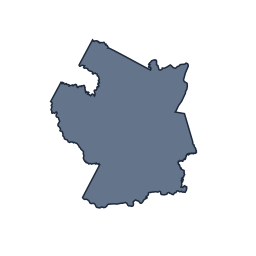 outline of São Gabriel da Cachoeira, Amazonas, Brazil, rotated 28°
{"feature_id": "56859067B34307291662166", "entity_name": "São Gabriel da Cachoeira", "entity_type": "district", "adm_level": 2, "iso_a3": "BRA", "parent_name": "Brazil", "parent_adm1": "Amazonas", "projection": "natural_earth1", "projection_center": [-67.662, 0.359], "detail": "fine", "context": "isolated", "style": "filled", "palette": "slate", "viewbox_px": 256, "rotation_deg": 28, "n_neighbors": 0, "source": "geoboundaries", "source_scale": "gbopen_adm2", "svg_char_len": 5839}
<svg xmlns="http://www.w3.org/2000/svg" viewBox="0 0 256 256"><g transform="rotate(28 128 128)"><path d="M138.0,212.7L140.8,211.7L141.7,210.2L142.3,209.9L144.0,209.7L145.2,208.7L145.8,207.3L146.0,205.6L146.4,204.6L150.9,201.7L154.2,200.2L156.9,197.9L158.5,197.0L160.7,195.0L162.2,195.0L164.2,196.3L165.0,196.5L166.4,195.8L167.6,195.6L168.4,195.1L168.9,194.5L169.0,193.7L168.3,192.1L167.4,191.1L167.3,190.6L168.5,187.9L169.6,188.0L171.7,187.6L174.1,188.6L174.7,188.5L175.3,187.8L175.6,186.7L175.8,183.9L176.6,182.4L177.6,181.2L177.4,180.5L176.3,180.8L176.2,180.4L177.3,177.8L177.2,177.0L176.6,176.1L176.6,175.5L176.8,175.1L178.0,174.5L179.4,173.2L180.8,172.5L182.0,171.4L184.4,170.6L185.7,169.1L186.6,169.0L187.9,170.7L188.6,171.1L191.4,170.0L193.4,168.2L193.3,166.9L194.2,165.9L194.6,165.7L195.5,166.1L196.5,165.7L198.1,165.9L199.2,165.6L199.7,163.2L200.6,162.6L200.8,160.6L201.8,160.0L203.4,160.1L203.9,159.9L204.9,158.8L205.6,159.1L206.7,158.9L206.9,158.5L208.6,158.0L208.7,155.6L208.2,153.7L207.4,152.4L206.8,152.4L206.5,152.8L206.1,152.9L205.2,152.3L204.5,153.4L204.3,154.7L203.8,155.0L203.2,154.7L202.6,155.2L202.2,153.0L201.0,151.2L200.6,151.5L201.2,150.9L201.4,149.7L200.7,149.6L200.5,150.1L199.8,149.6L201.2,147.9L200.8,147.4L199.6,147.0L199.3,147.1L199.2,147.6L199.0,147.4L199.4,146.7L199.4,146.3L199.9,146.2L199.8,145.4L200.1,144.9L199.7,144.1L199.9,142.7L199.7,142.3L199.0,141.9L198.6,141.1L198.2,140.9L198.2,140.4L197.5,139.3L197.0,139.1L196.4,139.4L194.8,139.3L193.8,138.5L193.4,139.0L193.0,138.2L191.6,137.6L191.2,136.7L190.6,136.3L189.8,136.5L189.2,136.1L189.3,135.7L188.9,135.1L188.5,135.0L188.6,134.3L188.1,133.8L188.3,133.6L188.7,133.8L189.4,132.8L189.3,132.5L189.7,132.6L190.3,131.9L191.0,131.9L191.1,131.4L191.6,131.4L191.8,131.8L192.0,131.7L191.8,130.5L192.2,129.6L192.6,129.4L192.3,128.8L192.6,128.7L193.0,129.0L193.2,128.8L193.2,128.0L192.9,127.8L193.0,127.5L192.6,127.0L192.9,125.9L192.3,125.2L192.5,124.7L192.4,124.0L192.8,123.8L192.6,123.4L193.1,122.8L193.4,122.9L193.2,122.6L193.8,122.4L193.9,121.7L194.4,121.6L194.8,122.0L195.5,120.6L196.2,120.7L196.5,120.1L197.2,120.2L197.7,119.6L197.9,119.8L198.2,119.1L198.8,119.1L199.6,118.6L199.4,117.9L199.7,117.8L199.8,117.1L199.3,116.9L199.0,115.9L198.1,115.5L197.9,114.9L196.6,113.9L195.3,113.4L194.3,112.0L193.8,112.2L192.1,111.0L192.0,110.2L171.1,88.8L162.2,91.7L162.4,90.0L162.1,84.6L162.8,79.3L162.4,70.5L161.7,68.6L161.8,66.3L160.8,63.3L159.5,61.1L158.8,60.7L156.1,60.6L154.8,59.9L154.4,59.3L152.9,52.9L152.2,45.1L151.4,43.9L150.5,43.3L148.8,43.4L148.2,44.9L144.6,47.3L144.2,47.9L143.9,49.5L142.8,50.4L142.0,52.7L141.5,53.2L139.5,53.4L136.5,52.5L135.7,52.5L133.8,55.8L132.2,57.9L131.3,58.6L130.1,58.9L130.4,60.3L130.2,60.7L129.8,60.9L129.4,61.7L129.0,61.9L127.8,61.8L125.1,58.8L123.4,58.7L122.8,57.1L122.3,56.8L122.0,55.8L121.3,55.0L120.6,55.3L120.3,55.0L119.7,55.2L119.0,56.0L118.7,56.0L117.3,57.6L116.9,59.7L116.5,60.5L116.4,62.0L117.7,61.9L117.3,63.5L117.6,64.5L118.2,64.5L118.9,63.9L119.5,63.9L120.2,64.6L119.8,65.3L120.6,65.5L120.7,66.3L81.0,66.2L73.0,66.4L72.7,66.7L72.7,66.2L71.4,65.2L70.4,64.9L70.2,65.1L69.8,65.0L69.5,64.7L69.4,65.1L69.1,65.0L69.0,64.5L68.7,64.7L66.5,63.6L65.9,64.3L63.5,65.5L63.3,66.1L62.9,65.8L61.5,66.1L61.4,65.6L60.8,65.8L60.4,65.5L60.1,65.8L59.2,65.8L57.8,66.7L57.5,67.5L57.1,67.3L56.1,67.5L55.7,67.3L55.9,67.0L55.3,66.8L55.2,95.3L55.7,95.9L56.4,96.1L56.8,95.9L57.5,94.6L58.2,94.1L59.2,93.8L59.6,94.0L60.4,93.5L60.5,95.5L61.4,95.7L61.9,95.2L64.4,94.5L65.1,95.2L66.0,95.6L67.7,95.6L68.8,95.2L70.6,95.4L71.0,95.6L71.0,96.6L71.8,96.8L73.2,94.9L73.9,95.2L75.5,94.9L76.1,96.0L76.5,96.0L76.7,96.4L77.6,96.3L80.0,98.7L80.0,99.2L79.4,99.8L79.9,100.4L81.2,101.0L81.6,101.6L80.6,102.2L80.8,103.5L81.3,103.5L82.7,104.7L82.4,105.8L81.5,105.8L81.5,106.9L82.1,107.7L82.3,108.9L82.0,109.7L81.7,109.9L81.2,109.8L80.7,110.4L80.7,111.2L82.3,112.5L83.5,114.9L83.4,115.5L82.8,115.1L80.9,114.6L80.4,114.8L80.0,116.9L79.7,116.7L78.7,117.0L78.5,116.7L77.6,116.8L76.9,117.0L76.4,117.0L76.8,116.3L76.6,115.6L76.8,115.1L76.2,114.9L75.3,115.7L74.7,115.4L74.7,115.9L74.0,116.6L73.6,115.9L72.1,114.4L72.0,113.8L71.0,112.9L71.0,112.2L70.1,111.9L69.7,111.1L69.3,111.0L68.6,111.4L68.1,112.1L67.5,112.3L67.2,112.6L67.2,113.4L66.0,113.4L66.0,113.9L65.0,114.5L64.9,115.4L64.4,115.4L64.4,115.8L63.3,115.5L62.5,114.2L61.6,114.0L61.1,114.2L61.1,114.7L60.1,115.2L59.8,116.4L59.2,116.5L58.8,116.1L56.5,118.4L56.4,117.9L55.7,117.6L55.4,117.9L55.0,117.7L53.5,118.3L53.2,117.9L52.4,117.8L52.0,118.7L51.4,119.2L50.4,118.9L50.2,118.4L49.2,118.5L49.5,118.9L49.3,119.5L48.5,119.9L48.2,119.7L48.1,119.0L47.4,119.0L47.3,141.0L48.6,141.1L49.4,141.7L49.7,142.3L49.6,143.8L49.7,144.3L50.6,144.6L51.0,145.0L51.4,147.9L52.8,148.9L53.7,150.5L54.3,150.5L55.0,149.6L56.4,149.4L57.0,147.7L57.3,147.4L57.9,147.6L58.5,148.5L58.4,150.0L58.9,151.3L60.0,151.8L61.7,151.6L62.3,152.0L62.8,152.8L64.5,154.0L64.4,157.5L65.0,158.7L65.6,159.1L66.9,159.3L68.5,160.3L69.0,160.8L69.1,162.1L69.4,162.4L71.6,162.1L72.1,162.3L72.6,163.1L73.4,163.8L74.2,165.5L75.9,166.1L76.8,167.3L77.9,167.5L79.4,167.0L80.9,167.6L81.8,168.3L83.4,168.1L83.9,167.2L85.5,166.5L86.7,166.7L86.8,166.2L87.4,165.9L88.6,166.0L89.5,165.6L91.1,165.9L93.3,167.1L93.9,167.7L95.1,167.9L96.4,168.8L99.7,169.7L100.7,171.9L101.7,172.7L102.4,173.8L102.6,175.4L103.0,175.9L104.7,177.2L104.9,177.1L105.3,177.5L106.4,177.9L106.6,177.6L107.3,178.1L107.6,177.8L108.1,178.1L108.9,177.8L110.3,178.2L111.3,177.0L112.7,177.0L113.1,176.4L113.4,176.4L114.2,175.6L115.5,175.0L115.6,174.7L116.1,174.5L116.4,174.7L116.5,174.0L117.1,174.4L117.4,174.1L118.4,173.7L118.6,174.0L119.4,174.0L119.7,174.2L119.7,173.9L119.9,174.2L120.3,174.0L120.5,210.7L121.8,211.4L123.3,211.4L124.4,210.6L125.7,210.3L127.8,210.8L130.0,212.2L131.5,211.8L132.4,211.0L133.3,210.6L134.5,210.8L137.1,212.6L138.0,212.7Z" fill="#64748b" stroke="#1e293b" stroke-width="1.5"/></g></svg>